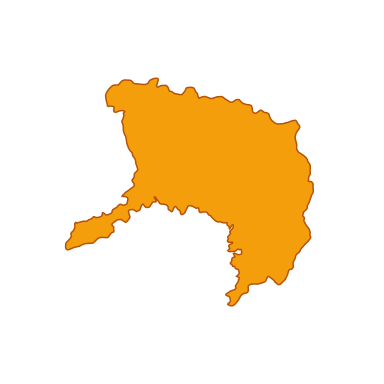 outline of Lago De Atitlan, Sololá, Guatemala, rotated 33°
{"feature_id": "79465075B18487207511943", "entity_name": "Lago De Atitlan", "entity_type": "district", "adm_level": 2, "iso_a3": "GTM", "parent_name": "Guatemala", "parent_adm1": "Sololá", "projection": "robinson", "projection_center": [-91.2, 14.679], "detail": "fine", "context": "isolated", "style": "filled", "palette": "amber", "viewbox_px": 384, "rotation_deg": 33, "n_neighbors": 0, "source": "geoboundaries", "source_scale": "gbopen_adm2", "svg_char_len": 6070}
<svg xmlns="http://www.w3.org/2000/svg" viewBox="0 0 384 384"><g transform="rotate(33 192 192)"><path d="M244.7,77.6L240.6,75.6L239.5,75.6L236.8,78.2L235.1,80.7L231.0,85.2L227.2,88.1L224.6,89.0L222.2,88.9L219.4,88.4L216.5,86.9L214.2,84.9L213.2,84.7L211.6,84.8L209.3,85.9L207.4,85.7L205.3,85.8L204.6,86.3L203.2,90.4L202.7,91.1L201.7,91.7L200.1,91.9L199.0,91.5L196.4,88.5L195.2,87.5L194.2,87.3L193.3,87.4L190.3,88.9L187.0,89.8L185.1,89.9L181.4,88.9L180.5,89.2L178.8,90.5L177.1,94.3L176.2,95.2L175.0,95.8L169.8,95.9L165.7,95.6L164.6,96.0L161.2,98.5L158.2,102.3L156.8,103.4L151.1,104.7L150.0,105.4L148.7,106.7L146.9,109.5L145.2,108.7L143.0,106.6L140.4,105.8L137.2,103.9L136.0,103.9L133.7,105.0L131.0,107.2L130.6,108.2L131.1,111.0L130.6,115.6L129.6,116.5L124.1,118.8L119.5,119.0L118.5,119.6L117.7,119.5L115.2,117.5L112.9,116.7L112.0,116.8L108.6,119.2L107.8,120.0L106.3,122.6L105.3,122.9L104.4,122.1L102.7,116.4L101.8,115.5L100.6,115.7L99.1,116.8L97.7,118.2L96.3,120.3L95.8,121.5L95.7,122.7L95.8,125.1L94.7,126.7L93.8,127.6L91.0,129.2L84.5,132.5L83.4,132.5L80.5,131.7L79.4,131.9L74.5,134.7L73.1,136.4L72.6,137.5L71.9,142.4L69.3,144.1L67.7,145.5L66.9,147.6L66.2,150.9L66.1,154.5L66.7,157.4L67.0,158.2L67.8,159.2L70.7,162.4L72.9,164.2L74.2,165.9L75.3,165.8L76.3,164.6L77.2,164.0L79.5,163.2L80.3,163.2L80.9,163.8L81.7,166.1L82.8,167.0L83.8,167.1L84.9,166.4L87.0,163.5L89.0,161.7L91.0,161.0L91.9,161.3L91.5,163.3L93.1,164.9L93.5,165.7L94.2,168.2L94.6,170.9L98.5,174.2L100.8,177.7L101.7,178.5L104.0,180.4L105.7,181.2L106.7,182.0L111.1,186.9L114.7,189.6L116.8,190.8L120.3,191.7L122.1,193.4L123.2,194.2L125.8,195.1L126.4,195.5L128.0,196.9L129.1,198.4L133.7,202.1L134.4,203.0L134.4,204.5L133.8,206.9L133.8,208.3L135.1,210.4L135.4,211.9L135.2,214.3L135.8,215.3L138.6,216.5L139.8,217.6L140.1,219.0L137.4,226.4L136.5,228.3L135.9,231.7L135.5,232.8L135.8,233.8L138.0,232.4L139.1,232.0L140.4,231.9L141.7,232.3L142.6,233.8L142.9,235.1L143.7,236.6L143.8,237.8L142.0,240.3L141.1,240.7L139.5,240.9L138.3,241.5L137.5,243.3L137.2,245.9L135.2,249.8L135.3,251.2L135.9,252.5L135.8,253.5L135.5,254.5L134.1,256.6L133.4,257.4L132.3,258.1L129.1,257.7L128.3,258.1L128.5,259.1L129.3,260.1L129.3,261.2L128.6,262.7L127.8,263.8L126.0,265.3L125.1,265.8L123.8,265.9L122.9,266.3L122.5,268.7L121.7,270.1L120.7,271.2L119.4,274.1L116.6,275.8L112.3,280.8L111.2,280.7L110.8,282.3L112.4,284.3L113.0,285.7L113.4,287.3L113.6,288.8L112.9,291.9L113.2,293.0L114.8,294.7L115.1,295.6L115.1,297.9L114.1,302.7L114.4,304.1L115.9,307.0L116.7,307.8L117.5,308.3L118.5,308.4L119.5,308.0L120.9,306.3L123.2,302.8L127.1,298.8L128.7,295.9L130.3,293.8L132.4,292.0L136.4,289.1L137.1,288.1L138.3,282.4L139.3,280.6L142.0,278.6L144.8,277.1L145.9,276.3L146.4,275.5L146.5,270.8L146.8,269.9L148.1,268.1L147.4,266.7L146.6,266.0L145.5,264.0L143.1,263.4L142.4,262.6L142.6,261.1L144.4,256.3L145.5,255.1L147.6,253.7L152.9,253.6L153.5,252.4L153.9,247.6L153.2,246.3L150.8,244.5L149.0,242.4L149.3,241.1L151.6,239.1L152.6,238.7L156.1,238.6L157.6,236.4L158.0,235.2L157.1,231.1L157.1,230.2L157.4,228.9L158.2,228.9L160.2,229.8L161.3,230.0L162.9,229.5L164.3,228.0L164.6,227.2L164.5,222.1L165.2,221.1L166.4,220.6L167.1,219.8L166.7,218.8L164.1,217.6L163.1,216.9L163.6,216.2L168.6,218.0L171.1,219.1L172.5,219.0L175.4,217.4L176.8,216.9L178.6,216.9L179.7,217.1L181.5,219.4L182.7,219.6L185.6,219.6L186.0,218.9L185.5,214.7L185.7,213.5L186.3,213.0L189.2,214.1L192.2,214.4L193.2,215.2L193.9,216.2L195.3,216.7L196.3,216.0L197.3,213.7L196.4,206.1L197.3,204.7L198.6,204.2L201.3,203.5L204.3,203.4L206.0,201.8L206.8,202.4L208.4,204.2L209.0,204.6L209.8,204.8L210.6,204.4L212.6,202.3L214.3,201.3L215.4,201.0L216.3,201.0L217.3,201.7L218.6,202.1L220.7,201.8L222.9,202.6L223.9,202.7L225.0,203.0L226.6,203.3L228.7,203.3L229.9,203.1L232.2,201.4L234.2,201.1L236.1,200.2L238.0,198.7L239.4,200.6L241.6,200.7L242.3,201.1L242.8,202.0L243.7,202.4L243.6,197.7L244.5,197.3L245.1,197.8L245.6,198.7L245.8,199.9L245.8,201.3L245.2,204.7L245.8,205.3L246.9,205.7L246.4,209.9L246.9,210.7L247.7,211.2L248.2,212.4L248.2,213.5L248.9,214.2L250.0,214.2L252.8,212.4L253.5,212.2L253.8,213.1L252.3,215.6L252.0,216.4L252.1,217.4L254.4,218.6L254.0,221.6L255.0,221.9L255.9,221.6L260.0,218.6L260.8,217.6L261.1,215.7L261.7,214.8L262.5,214.8L263.4,214.5L263.9,213.7L264.6,213.4L266.9,216.0L267.2,217.0L265.8,218.7L264.9,219.4L260.7,220.2L260.3,221.3L263.1,222.6L263.0,223.8L262.2,224.2L261.8,225.4L261.8,226.4L262.9,228.1L262.8,230.3L263.2,231.3L264.8,231.1L266.7,232.2L267.3,231.7L268.5,231.4L269.9,232.4L270.9,232.5L273.0,231.8L274.7,233.0L275.6,233.9L275.9,234.6L275.9,235.9L275.3,238.5L277.6,238.1L278.7,238.5L278.8,240.6L279.5,241.4L279.5,246.1L279.7,247.4L280.7,248.0L281.3,249.1L280.9,250.7L278.4,253.8L276.1,259.1L276.7,260.0L278.1,259.9L280.1,259.3L281.0,259.7L282.5,261.2L283.6,262.6L283.8,263.5L283.6,264.7L282.9,265.7L283.3,266.8L284.5,266.8L286.1,266.5L288.0,265.3L289.1,263.1L289.8,257.8L289.5,253.0L289.6,251.4L290.3,249.5L292.3,247.3L293.2,246.0L293.1,244.4L292.6,243.4L290.5,240.6L290.5,239.1L291.8,237.1L294.0,235.4L297.3,233.4L299.6,230.9L302.0,227.8L302.3,226.6L301.6,222.1L301.9,221.3L303.0,221.0L308.3,221.4L309.5,221.7L310.4,222.3L314.5,222.7L315.5,222.3L316.2,221.5L316.6,220.2L317.8,214.5L317.1,209.0L316.3,206.8L315.9,205.0L316.1,203.9L317.7,202.2L317.9,200.7L317.8,199.6L316.2,197.6L315.1,195.8L314.7,191.9L313.6,188.4L313.7,187.0L314.5,184.9L314.7,183.0L314.4,180.1L315.5,172.9L316.2,170.5L316.5,166.4L316.1,165.1L314.2,163.9L313.3,161.7L312.0,160.5L310.1,159.2L305.3,157.4L301.5,155.3L300.5,152.6L299.4,152.0L298.0,151.8L297.4,150.9L297.2,149.4L296.4,148.5L297.3,144.8L297.5,143.4L297.3,142.4L296.4,141.2L296.2,140.4L296.0,137.3L294.1,129.8L293.7,126.2L293.3,125.2L290.0,120.9L289.6,119.7L288.8,118.9L286.7,118.3L285.5,118.6L284.9,119.2L283.8,119.6L281.7,115.9L281.4,112.5L280.1,110.8L277.4,106.3L276.2,104.9L274.9,104.2L272.8,103.5L270.6,101.7L268.6,101.0L265.6,100.6L259.7,100.6L257.6,99.7L256.3,98.9L253.9,95.1L249.2,90.7L248.4,89.4L247.3,86.1L247.2,84.7L247.3,80.2L247.1,78.9L246.5,78.3L245.5,77.7L244.7,77.6Z" fill="#f59e0b" stroke="#b45309" stroke-width="1.5"/></g></svg>